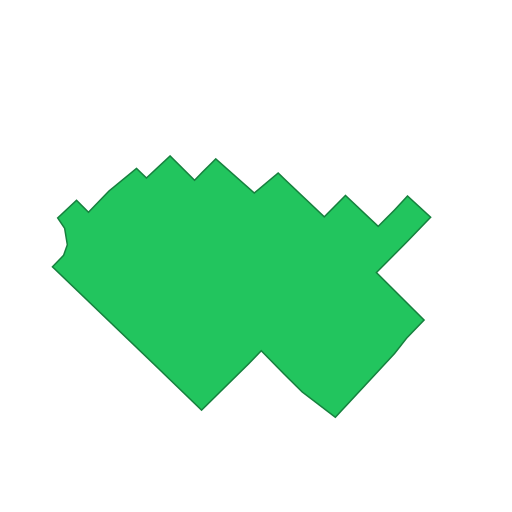 the district of Monte Belo do Sul, Rio Grande do Sul, Brazil, rotated 314°
{"feature_id": "56859067B3607200241980", "entity_name": "Monte Belo do Sul", "entity_type": "district", "adm_level": 2, "iso_a3": "BRA", "parent_name": "Brazil", "parent_adm1": "Rio Grande do Sul", "projection": "natural_earth1", "projection_center": [-51.645, -29.138], "detail": "fine", "context": "isolated", "style": "filled", "palette": "green", "viewbox_px": 512, "rotation_deg": 314, "n_neighbors": 0, "source": "geoboundaries", "source_scale": "gbopen_adm2", "svg_char_len": 647}
<svg xmlns="http://www.w3.org/2000/svg" viewBox="0 0 512 512"><g transform="rotate(314 256 256)"><path d="M145.6,86.9L143.0,99.1L133.0,112.5L122.9,117.1L106.8,117.1L107.3,262.0L107.3,323.9L174.0,325.6L191.5,325.6L190.6,358.4L190.3,383.8L195.1,425.1L247.8,424.1L282.3,423.4L301.8,421.4L326.7,421.4L327.7,354.1L370.0,354.7L385.7,354.7L405.2,354.7L404.4,323.3L385.1,323.7L362.2,323.3L361.7,278.3L331.6,277.9L331.1,226.9L331.1,214.3L300.1,211.0L297.9,159.6L278.7,159.2L267.8,159.2L268.3,124.7L236.0,123.0L236.0,109.2L200.7,105.1L190.3,105.1L181.4,105.1L171.1,105.1L171.4,88.2L145.6,86.9Z" fill="#22c55e" stroke="#15803d" stroke-width="1.5"/></g></svg>